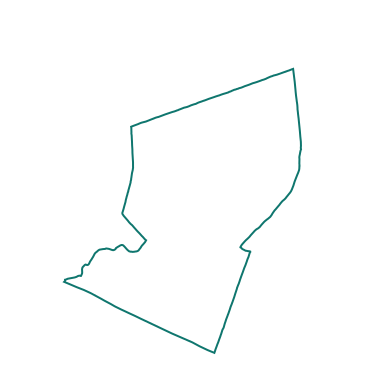 outline of Saphan Sung, Bangkok Metropolis, Thailand, rotated 17°
{"feature_id": "78962969B37896231251268", "entity_name": "Saphan Sung", "entity_type": "district", "adm_level": 2, "iso_a3": "THA", "parent_name": "Thailand", "parent_adm1": "Bangkok Metropolis", "projection": "equal_earth", "projection_center": [100.689, 13.765], "detail": "fine", "context": "isolated", "style": "outline", "palette": "teal", "viewbox_px": 384, "rotation_deg": 17, "n_neighbors": 0, "source": "geoboundaries", "source_scale": "gbopen_adm2", "svg_char_len": 5981}
<svg xmlns="http://www.w3.org/2000/svg" viewBox="0 0 384 384"><g transform="rotate(17 192 192)"><path d="M96.3,313.0L96.6,313.5L96.4,314.5L96.0,315.3L101.9,315.9L109.4,316.7L117.2,317.3L121.6,317.9L124.5,318.3L136.5,320.7L140.0,321.5L147.2,322.9L151.5,323.9L152.6,324.1L157.0,324.8L158.8,325.1L163.2,325.7L165.2,326.0L168.0,326.4L172.5,327.0L175.2,327.4L180.3,328.2L214.4,333.2L236.3,335.7L244.3,337.3L253.1,338.6L260.4,339.3L260.5,337.4L260.5,335.8L260.6,334.1L260.7,332.5L260.8,330.2L261.0,328.2L261.1,325.2L261.2,323.5L261.3,321.9L261.3,320.7L261.4,319.2L261.4,318.3L261.4,316.3L261.4,315.2L261.5,314.2L261.7,313.7L261.9,312.5L261.9,311.8L261.8,308.2L261.9,306.1L261.9,304.1L262.2,299.7L262.2,298.6L262.3,298.3L262.5,293.2L262.5,290.9L262.5,290.5L262.7,288.2L262.8,286.8L262.8,286.1L262.9,285.2L262.9,284.7L263.0,282.4L263.1,280.1L263.1,276.6L263.2,272.2L263.2,271.2L263.1,270.5L263.2,269.6L263.3,267.9L263.5,266.2L263.6,263.3L263.6,261.6L263.8,257.3L264.0,254.0L264.2,249.3L264.5,246.5L264.7,242.3L264.7,241.1L264.8,239.2L265.0,238.0L265.0,237.0L265.0,235.5L265.0,233.5L265.1,232.8L265.3,232.3L265.1,231.9L264.1,231.9L262.8,232.2L261.3,232.3L260.3,232.5L259.6,232.3L259.2,232.2L256.8,231.8L256.4,231.6L255.8,231.2L255.4,231.0L254.5,230.8L254.4,230.7L254.5,230.2L254.8,228.8L255.1,227.8L256.1,225.5L256.4,225.0L256.5,224.6L257.7,222.2L258.8,220.4L260.1,218.0L260.8,216.2L261.6,214.5L262.3,213.0L262.5,212.6L263.2,211.0L264.2,209.3L265.0,208.3L265.7,207.6L266.1,207.1L266.4,206.6L266.7,206.1L267.2,205.3L267.4,204.7L267.6,204.1L268.3,202.5L269.7,199.5L270.4,198.3L270.9,197.6L271.6,196.5L272.2,195.8L272.8,194.9L273.1,194.4L274.1,192.9L274.2,192.6L274.5,191.7L274.9,190.6L275.2,189.1L275.3,188.8L275.6,187.8L276.1,186.3L276.2,186.0L276.3,185.6L276.6,185.0L277.0,184.2L278.7,180.2L279.4,178.6L279.8,177.4L280.0,176.9L280.4,175.9L280.9,174.8L281.3,174.0L282.5,172.2L282.8,171.6L283.3,170.7L283.6,169.8L283.9,169.0L284.0,168.8L285.4,165.3L286.0,163.9L286.5,162.2L286.8,160.1L286.9,158.7L287.1,156.2L287.1,153.7L287.1,152.0L287.7,144.0L287.8,143.6L287.9,142.2L288.0,139.6L287.7,137.9L287.2,136.1L287.1,135.8L287.2,135.7L287.0,135.1L286.4,133.6L286.3,133.3L285.1,129.0L284.6,127.8L284.3,126.5L284.2,125.3L284.1,124.2L283.9,122.8L283.9,122.4L283.8,122.1L283.8,121.6L283.7,120.4L283.8,119.3L283.2,118.2L282.7,116.0L281.4,112.1L279.4,107.4L277.3,102.1L273.6,93.3L272.4,90.4L271.8,89.1L271.1,87.5L270.3,85.7L270.2,85.4L269.2,83.1L268.7,82.0L268.3,80.7L268.1,80.2L267.5,78.6L266.9,77.2L266.2,75.7L265.7,74.7L265.4,74.0L263.3,69.4L261.9,66.1L261.1,64.1L258.0,56.6L252.7,44.7L251.6,45.5L249.0,47.6L248.5,47.9L238.9,55.0L237.1,56.1L235.9,56.8L235.0,57.6L234.1,58.2L233.5,58.6L232.1,59.8L230.5,61.2L229.6,62.1L227.8,63.5L226.4,64.4L224.9,65.6L221.8,67.9L219.6,69.4L219.4,69.5L218.2,70.3L215.1,72.8L212.9,74.4L211.5,75.4L209.6,77.0L208.3,78.0L206.8,78.9L205.9,79.7L204.6,80.5L203.8,81.2L202.5,81.9L202.1,82.3L201.8,82.5L201.6,82.7L200.9,83.3L200.6,83.5L200.2,83.9L199.8,84.3L199.6,84.5L198.2,85.4L198.0,85.8L197.8,86.0L195.8,87.4L193.2,89.1L191.8,90.1L191.0,90.7L189.9,91.6L188.8,92.3L187.2,93.4L184.9,95.1L180.7,98.1L178.3,100.0L177.5,100.6L177.2,100.9L176.9,101.0L175.8,101.8L174.9,102.5L174.5,102.8L173.5,103.5L172.0,104.6L170.9,105.6L170.7,105.8L170.2,106.3L169.6,106.8L169.0,107.1L167.8,107.9L165.6,109.5L163.9,111.0L162.3,112.2L161.3,112.8L160.3,113.4L160.0,113.5L157.0,115.9L155.2,117.3L154.5,118.0L154.0,118.2L153.2,118.9L152.5,119.4L151.9,119.9L149.7,121.3L143.6,125.7L137.9,130.1L137.7,130.2L137.3,130.4L135.6,131.5L127.2,138.2L127.0,138.3L125.2,139.4L123.4,140.5L122.0,141.6L120.5,142.9L117.6,145.1L115.8,146.5L114.7,147.4L115.1,148.2L115.3,148.6L116.1,151.1L116.6,152.5L116.9,153.7L117.8,155.6L118.5,157.6L119.9,161.4L121.2,165.2L122.2,167.8L122.8,169.5L123.6,172.0L126.9,180.8L128.1,184.7L128.6,186.2L128.6,186.6L128.9,188.3L129.1,191.5L129.6,194.7L129.8,195.9L129.9,196.8L130.1,197.8L130.2,198.1L130.2,198.5L130.2,199.1L130.2,199.4L130.2,199.8L130.3,200.0L130.4,200.3L130.5,201.3L130.6,204.4L130.6,204.6L130.7,208.4L130.7,208.9L130.7,209.3L130.8,209.7L130.8,210.1L130.9,210.4L130.8,211.0L130.8,211.5L130.8,212.4L130.9,213.1L130.9,213.5L130.9,215.7L131.0,217.1L131.0,218.5L131.1,219.4L131.3,221.0L131.4,226.0L131.5,228.1L131.5,230.4L131.5,232.2L131.5,232.5L131.7,232.9L131.9,233.3L132.1,233.5L133.7,234.8L136.1,236.3L139.1,238.2L140.2,239.0L140.8,239.4L141.1,239.6L141.5,239.8L142.2,240.2L142.9,240.6L144.2,241.1L145.2,241.7L146.9,242.8L149.2,244.2L149.8,244.6L151.5,245.6L153.9,246.9L155.9,248.1L156.2,248.3L157.2,248.9L157.9,249.2L158.5,249.6L159.5,250.2L160.6,250.9L161.9,251.5L162.2,251.6L161.8,253.5L161.3,254.7L160.5,256.5L159.8,257.9L159.4,259.2L159.2,260.2L158.4,262.2L158.0,263.4L157.5,264.1L157.1,264.5L156.0,265.2L155.0,265.6L154.1,266.1L153.0,266.5L152.4,266.7L151.9,266.7L151.7,266.7L151.5,266.8L151.1,267.0L150.7,267.0L149.3,267.1L148.7,266.9L147.1,266.2L146.4,265.8L145.1,265.0L143.8,264.2L143.3,263.9L142.5,263.5L142.0,263.2L141.5,263.1L141.3,263.1L141.0,263.1L140.7,263.1L140.1,263.3L139.5,263.7L138.9,264.2L138.7,264.4L138.5,264.7L136.8,266.5L136.1,267.4L136.0,267.6L135.8,267.7L135.7,268.3L135.4,269.1L134.8,269.9L134.3,270.3L133.6,270.7L133.3,270.7L132.8,270.8L132.3,270.8L130.4,270.7L129.0,270.7L127.6,270.9L126.4,271.1L125.8,271.6L125.6,271.8L124.9,272.1L123.6,272.6L120.8,274.0L120.4,274.2L120.1,274.5L119.3,275.5L119.1,275.8L118.5,276.9L118.0,277.6L117.5,278.3L117.2,279.0L117.0,279.5L116.7,281.1L116.4,282.8L116.1,283.9L115.6,285.9L115.0,287.8L114.8,288.6L114.6,290.2L114.5,290.5L114.4,291.1L114.3,291.4L113.9,292.0L113.4,292.3L113.1,292.5L111.5,292.5L111.2,292.7L111.1,292.8L110.7,293.3L109.6,295.5L109.4,295.9L109.3,296.5L109.4,297.3L109.4,297.9L109.6,298.5L109.9,299.3L110.2,300.2L110.5,301.0L110.7,302.0L110.4,304.7L110.2,304.8L109.7,304.8L108.9,304.9L108.5,305.1L108.1,305.3L107.8,305.5L107.4,305.8L106.9,306.3L106.5,306.8L105.4,307.6L104.8,308.0L103.3,308.8L98.5,311.3L96.9,312.7L96.3,313.0Z" fill="none" stroke="#0f766e" stroke-width="2"/></g></svg>